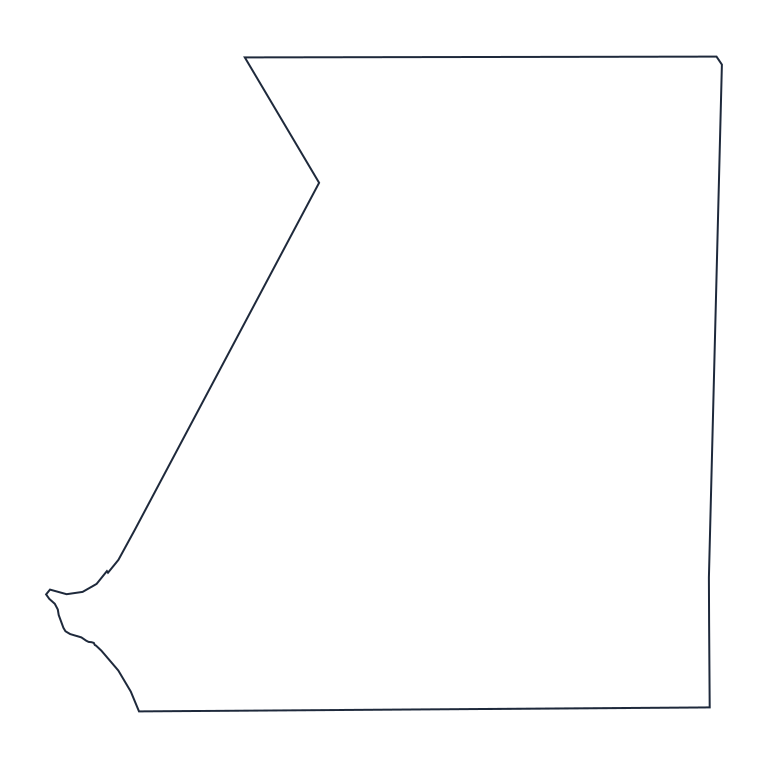 outline of Inchiri
{"feature_id": "MRT-2786", "entity_name": "Inchiri", "entity_type": "Region", "adm_level": 1, "iso_a3": "MRT", "parent_name": "Mauritania", "parent_adm1": "", "projection": "albers", "projection_center": [-15.985, 20.073], "detail": "fine", "context": "isolated", "style": "outline", "palette": "slate", "viewbox_px": 768, "rotation_deg": 0, "n_neighbors": 0, "source": "natural_earth", "source_scale": "10m", "svg_char_len": 537}
<svg xmlns="http://www.w3.org/2000/svg" viewBox="0 0 768 768"><path d="M139.0,711.4L130.8,691.6L118.3,670.5L101.4,650.7L96.0,645.6L94.8,645.0L93.8,642.9L91.5,642.2L88.6,641.9L86.2,640.7L81.4,637.4L70.2,634.1L65.5,631.3L63.4,627.8L58.7,615.0L57.8,609.5L54.8,603.8L49.3,598.9L46.1,594.4L50.0,589.6L66.6,594.2L82.6,591.9L96.6,583.9L106.9,571.1L108.0,572.7L118.4,559.9L134.4,530.6L319.1,182.8L244.8,57.4L716.5,56.6L721.9,64.6L708.9,577.5L709.1,623.6L709.7,707.4L698.0,707.5L139.0,711.4Z" fill="none" stroke="#1e293b" stroke-width="2"/></svg>